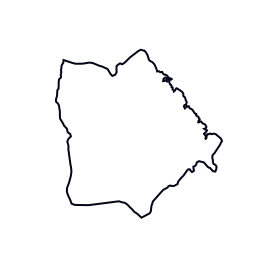 the Region of Lindi, rotated 337°
{"feature_id": "TZA-3387", "entity_name": "Lindi", "entity_type": "Region", "adm_level": 1, "iso_a3": "TZA", "parent_name": "United Republic of Tanzania", "parent_adm1": "", "projection": "natural_earth1", "projection_center": [38.938, -9.38], "detail": "fine", "context": "isolated", "style": "outline", "palette": "ink", "viewbox_px": 256, "rotation_deg": 337, "n_neighbors": 0, "source": "natural_earth", "source_scale": "10m", "svg_char_len": 3783}
<svg xmlns="http://www.w3.org/2000/svg" viewBox="0 0 256 256"><g transform="rotate(337 128 128)"><path d="M173.2,63.1L173.7,64.1L174.1,65.7L174.3,67.4L174.4,69.3L174.0,72.8L174.2,74.6L176.0,76.6L176.6,78.0L177.1,79.6L177.3,81.0L177.2,86.1L176.9,87.3L178.7,87.9L179.0,88.3L179.2,88.8L179.4,89.2L180.0,89.4L181.0,89.5L181.4,89.8L181.4,90.6L181.6,91.9L182.1,92.9L182.6,93.3L183.3,93.6L183.9,94.2L184.4,95.0L185.0,97.2L185.6,98.2L187.1,99.5L187.4,100.0L186.6,100.3L186.0,100.2L185.6,100.1L184.9,99.4L183.8,98.2L182.7,96.7L181.9,96.1L180.9,96.3L180.3,96.6L180.0,96.7L179.8,96.8L178.7,98.6L179.5,98.9L182.7,98.6L182.0,99.6L181.8,100.2L182.2,100.6L183.2,100.7L184.1,101.0L184.1,101.8L183.8,103.1L183.8,104.4L183.9,104.6L184.3,105.1L184.5,105.3L184.5,106.4L184.5,106.5L184.2,107.2L184.1,107.4L184.3,107.5L184.5,107.6L184.7,107.8L184.9,108.2L184.7,108.8L184.4,109.2L184.2,109.6L184.3,110.3L184.7,111.3L184.7,111.7L184.5,112.3L185.2,112.2L186.1,111.7L187.0,111.0L187.5,110.5L188.2,110.4L188.9,111.2L191.2,114.6L192.1,116.3L192.3,118.2L191.5,120.1L191.5,120.5L191.8,121.1L192.2,121.6L192.4,122.0L192.4,122.7L192.1,123.9L192.1,124.5L192.2,126.5L192.0,127.3L191.3,128.3L190.6,129.0L190.2,129.1L189.7,129.0L188.8,129.1L188.2,129.5L187.9,130.1L187.9,130.9L188.1,132.1L188.5,131.8L189.1,131.7L190.2,131.6L190.4,131.0L190.6,130.7L191.1,131.0L191.5,131.4L191.7,131.6L191.9,131.6L192.5,131.9L192.5,132.6L192.4,133.3L192.4,133.7L192.8,134.3L194.0,135.6L194.5,136.8L195.1,140.2L195.6,141.1L196.3,141.7L196.2,142.1L195.8,142.4L195.7,142.9L195.9,143.6L196.2,144.0L196.9,144.8L197.2,145.5L197.0,146.7L197.5,147.9L197.0,148.3L196.0,148.8L195.1,149.7L194.9,150.3L195.3,150.5L197.4,150.4L197.8,150.5L197.9,150.9L198.4,152.6L198.7,153.2L199.5,153.9L200.0,154.4L200.3,155.1L200.7,156.8L200.3,158.1L199.3,158.7L197.8,158.5L198.2,159.3L199.7,160.6L199.8,161.1L199.2,161.6L197.4,162.5L195.8,162.9L195.7,163.6L196.4,165.2L196.3,166.3L195.9,167.2L195.3,167.9L194.5,168.5L195.9,168.2L198.3,164.8L199.4,164.9L200.1,165.4L201.7,165.3L202.8,166.5L203.5,166.6L204.3,166.6L205.0,166.8L206.3,167.9L209.4,174.0L209.5,176.7L207.8,177.9L206.0,179.5L197.5,185.1L195.3,186.0L194.0,188.1L193.6,190.7L192.7,193.0L192.8,194.7L194.1,196.0L194.4,198.2L193.2,200.3L191.4,202.2L189.3,200.9L187.8,196.6L186.9,196.0L186.2,194.9L184.4,189.3L180.4,186.3L179.1,186.4L177.8,186.6L176.5,188.3L174.8,189.2L173.1,189.1L172.6,190.5L172.0,193.1L169.7,193.6L169.0,192.0L168.7,190.1L167.0,189.6L164.9,190.7L160.5,193.5L158.1,194.4L154.0,196.5L152.6,197.7L151.6,199.0L147.9,199.3L145.9,198.7L144.4,197.4L142.6,197.4L140.9,198.3L136.2,198.7L122.3,205.3L119.0,209.1L116.5,213.6L114.6,215.0L105.4,215.8L102.8,210.2L101.7,208.7L100.8,207.1L100.0,204.3L98.7,201.6L98.3,200.2L97.7,198.8L96.4,196.3L95.0,195.0L93.4,194.0L91.0,191.9L61.8,183.7L49.1,178.1L46.5,175.6L46.7,171.2L46.5,166.7L46.8,163.0L48.2,159.7L52.5,155.1L56.5,150.0L58.8,146.2L60.0,142.7L60.8,139.0L64.8,124.2L65.7,122.5L66.3,120.7L66.8,116.8L69.2,114.5L72.1,113.5L72.5,111.1L70.9,108.4L71.4,104.6L70.0,100.7L70.0,98.6L69.2,93.1L69.6,91.3L71.8,86.0L73.0,81.3L73.2,79.9L73.2,78.6L73.0,77.9L72.1,76.0L72.5,74.2L73.6,72.6L74.7,71.4L75.6,70.0L77.1,66.8L78.1,65.3L78.4,65.1L79.1,64.8L79.5,64.5L79.8,64.0L80.0,63.2L80.8,61.9L81.4,60.2L83.2,56.8L83.6,56.3L84.4,55.9L85.3,55.6L86.2,55.1L86.5,54.2L86.7,53.2L87.1,52.4L88.4,50.6L88.6,50.2L88.7,49.8L88.7,49.2L88.8,48.7L89.1,48.3L89.4,48.0L89.7,47.5L90.8,45.4L91.4,44.5L92.3,43.7L93.6,42.9L94.0,42.5L94.4,41.9L94.9,40.7L95.2,40.2L102.6,46.7L105.3,48.6L111.5,51.1L118.0,52.7L120.9,54.4L125.7,59.3L128.3,61.4L132.2,65.7L133.0,71.4L133.9,73.9L136.9,74.0L139.3,72.3L140.5,68.9L141.8,66.4L145.5,65.4L146.5,65.8L147.0,66.7L147.9,67.1L151.2,66.3L157.7,63.7L167.9,61.1L170.5,61.0L172.5,62.8L173.2,63.1Z" fill="none" stroke="#020617" stroke-width="2"/></g></svg>